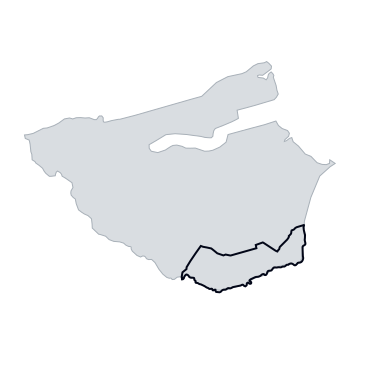 where Saint-Louis sits in Senegal, rotated 164°
{"feature_id": "SEN-5517", "entity_name": "Saint-Louis", "entity_type": "Region", "adm_level": 1, "iso_a3": "SEN", "parent_name": "Senegal", "parent_adm1": "", "projection": "albers", "projection_center": [-15.156, 16.165], "detail": "fine", "context": "in_parent", "style": "outline", "palette": "ink", "viewbox_px": 384, "rotation_deg": 164, "n_neighbors": 0, "source": "natural_earth", "source_scale": "10m", "svg_char_len": 5904}
<svg xmlns="http://www.w3.org/2000/svg" viewBox="0 0 384 384"><g transform="rotate(164 192 192)"><path d="M293.3,177.1L297.8,184.8L296.9,188.6L296.0,194.0L298.5,198.0L301.5,200.5L303.6,202.9L306.0,206.1L306.5,212.7L306.1,217.4L307.7,219.5L309.0,222.2L308.8,224.4L308.0,226.4L305.2,229.1L304.8,234.0L309.5,239.8L312.5,243.0L312.5,244.9L313.3,246.9L315.5,249.2L316.9,248.6L318.3,246.7L319.0,245.3L322.9,245.9L324.8,246.4L327.4,250.3L328.4,252.8L329.1,256.0L331.8,260.0L334.1,262.8L334.6,264.6L336.8,267.0L335.6,272.3L335.8,275.1L334.5,282.3L334.2,285.6L334.3,286.9L337.5,289.4L337.3,293.0L334.1,292.4L328.5,292.1L317.4,294.2L313.6,293.5L306.2,293.9L301.1,295.0L294.5,297.4L289.3,296.9L286.5,295.1L282.9,295.3L278.8,294.3L274.4,292.6L270.3,291.7L266.0,288.5L264.0,287.9L262.5,288.8L261.4,289.9L260.1,290.6L257.8,290.0L256.9,287.8L257.6,285.6L257.8,283.9L256.7,283.1L254.0,282.8L249.8,282.8L242.9,282.2L241.3,281.8L226.0,281.4L210.0,281.4L196.5,281.4L179.5,281.4L167.5,281.4L156.3,281.3L147.7,285.7L138.4,290.5L125.8,293.0L111.3,292.0L106.7,292.6L101.9,294.7L98.3,296.3L93.3,297.2L86.9,296.3L84.3,296.8L82.7,294.6L80.9,291.1L82.0,288.5L86.0,286.9L91.9,284.7L95.0,285.9L96.8,285.9L97.1,284.5L96.6,283.8L92.1,281.9L89.8,279.4L87.9,280.8L86.2,283.9L84.9,284.8L82.8,285.6L81.7,283.5L81.2,281.5L82.2,279.9L81.8,271.1L82.3,266.5L82.1,262.4L84.9,259.7L87.6,258.1L97.9,258.0L107.5,257.9L116.7,258.0L126.1,258.2L127.1,250.0L130.1,249.3L134.5,248.5L142.8,247.5L152.1,246.6L154.1,245.0L155.6,242.3L156.6,239.8L158.5,238.8L161.1,239.6L164.5,240.9L168.0,242.9L172.0,244.7L174.7,245.8L181.2,248.7L192.2,252.7L201.3,254.3L212.2,251.3L220.2,249.3L221.1,245.8L219.9,242.4L214.0,239.3L205.9,239.7L203.5,240.5L199.8,241.6L197.5,242.0L193.7,241.3L188.9,238.6L185.9,235.9L181.7,234.6L176.7,233.3L168.6,227.7L164.5,226.7L160.5,226.4L152.9,227.5L145.5,230.5L141.5,237.3L134.1,237.2L118.3,237.0L103.8,236.7L91.8,237.1L90.6,232.1L87.8,228.1L83.2,224.7L82.2,221.6L83.8,218.9L88.3,216.7L89.3,215.1L87.0,215.3L83.5,216.7L81.1,216.8L80.9,212.4L77.0,206.8L72.7,197.3L67.8,193.4L63.7,185.7L59.4,182.7L55.4,181.3L51.9,181.6L50.7,185.0L46.5,180.0L52.3,178.2L64.8,172.1L79.2,154.1L92.1,132.8L93.8,127.8L95.4,124.0L96.5,115.2L98.3,110.0L100.0,109.1L102.2,105.1L104.9,98.1L107.8,94.2L111.1,93.5L113.7,93.8L115.5,95.3L120.9,96.2L129.7,96.6L136.6,95.5L141.5,93.1L147.8,91.9L155.7,91.9L159.9,90.8L160.3,88.8L161.3,88.2L162.9,89.0L164.5,88.7L165.9,87.3L167.4,87.2L168.8,88.4L175.4,88.8L187.2,88.3L198.1,91.9L208.1,99.7L213.3,104.9L213.6,107.5L215.3,110.1L218.3,112.8L221.1,113.3L223.5,111.6L225.5,111.7L226.9,113.8L229.7,114.2L232.9,112.9L235.2,113.3L235.6,114.5L236.1,115.1L237.7,115.4L239.8,116.9L242.7,121.1L245.1,126.9L247.0,134.3L249.4,138.3L252.4,139.0L254.2,140.5L254.6,142.3L255.4,143.4L256.9,144.1L259.4,143.7L262.4,146.2L265.7,151.6L266.2,154.1L265.7,155.4L265.9,156.3L268.0,157.2L270.1,159.0L271.8,161.7L275.3,164.0L280.8,166.1L284.8,169.1L287.2,173.3L292.3,176.7L293.3,177.1Z" fill="#d9dde1" stroke="#a8b0b8" stroke-width="1"/><path d="M167.9,87.6L168.2,88.3L168.7,88.9L169.6,89.0L171.0,88.7L178.9,89.3L179.5,89.2L181.1,88.8L181.5,88.8L181.9,88.9L183.2,89.5L183.7,89.6L184.3,89.6L186.2,89.0L186.7,89.0L188.6,89.4L189.1,89.4L189.6,89.3L190.1,89.2L190.5,89.0L191.8,88.2L192.2,88.1L193.1,88.0L196.1,89.2L196.4,89.4L196.6,89.8L196.6,90.3L196.4,91.2L196.4,91.6L196.9,91.8L198.7,91.6L199.1,91.8L199.3,92.2L199.3,93.1L199.6,93.5L200.1,93.7L201.2,93.8L201.7,93.9L202.1,94.1L202.9,95.1L203.2,95.4L204.3,96.2L205.9,98.1L208.7,100.6L210.3,101.5L210.6,101.8L211.4,102.7L211.8,103.0L212.7,103.4L213.2,103.6L213.4,103.9L213.5,104.3L213.2,105.0L213.1,105.4L213.2,105.7L213.7,106.3L213.9,106.8L213.9,107.2L213.7,108.1L213.8,108.8L214.6,109.3L216.5,109.8L216.8,110.0L217.6,110.6L217.9,110.9L218.1,111.3L218.5,112.6L218.8,113.1L219.0,113.5L219.4,113.8L219.8,114.1L220.2,114.2L220.6,114.2L221.0,114.0L221.7,113.6L222.5,113.0L222.8,112.6L223.6,111.4L224.0,111.1L224.4,110.8L224.8,110.7L225.2,110.7L225.7,110.8L225.6,111.4L225.3,112.2L225.1,112.8L225.3,113.3L223.3,117.4L218.6,119.4L217.9,121.2L212.7,126.0L205.3,132.2L198.4,137.7L196.5,136.3L192.9,134.5L189.0,132.4L187.0,129.6L184.6,126.1L179.3,122.4L176.9,122.6L173.1,120.6L172.3,120.3L145.6,120.2L145.3,123.5L137.9,124.0L137.4,123.6L127.9,112.6L126.9,111.7L126.3,111.3L126.0,111.6L125.8,111.8L125.1,112.4L124.2,112.8L124.0,113.0L123.8,113.2L123.6,113.6L123.1,114.5L122.8,114.9L122.5,115.1L113.7,120.0L113.4,120.2L111.8,121.5L111.5,121.9L111.4,122.1L111.2,122.3L111.1,122.8L111.0,123.1L110.7,123.2L108.7,124.3L108.3,124.7L107.9,125.3L107.3,126.9L107.1,127.2L106.8,127.6L106.1,127.7L105.4,127.7L104.6,127.8L103.9,128.1L102.9,128.8L102.0,129.1L101.2,129.3L93.6,129.4L93.5,129.2L94.5,127.4L95.0,124.7L95.2,119.5L95.4,118.9L96.1,116.8L96.9,114.8L97.1,111.5L97.5,110.5L98.2,110.0L99.9,109.6L100.6,109.1L100.9,108.6L101.1,108.0L103.1,99.8L103.3,97.9L103.7,97.0L104.3,96.1L105.2,95.2L106.2,94.6L107.3,94.4L108.8,94.7L109.3,94.7L109.9,94.7L110.3,94.4L111.7,93.5L112.2,93.2L112.8,93.1L113.4,93.2L113.8,93.5L114.2,93.9L114.7,94.7L115.5,95.5L116.4,96.0L117.5,96.1L118.6,96.0L118.9,95.7L119.3,95.6L119.6,95.5L120.0,95.6L120.6,95.9L120.9,95.9L121.2,95.8L123.1,95.0L123.7,94.9L125.4,95.3L125.8,95.3L126.9,95.1L127.7,95.2L129.8,95.9L131.3,96.0L131.7,96.1L132.8,96.6L133.5,96.8L134.2,96.8L134.9,96.5L135.5,96.1L136.6,95.2L137.1,94.8L137.8,94.7L139.8,95.1L140.5,95.1L141.1,94.8L141.5,94.4L142.7,92.7L143.2,92.2L143.9,91.9L144.6,92.0L145.1,92.3L145.3,92.8L145.6,93.3L146.2,93.5L146.9,93.5L147.6,93.4L149.5,92.5L150.2,92.4L151.7,92.3L153.9,92.7L154.7,92.7L159.7,91.9L160.7,91.5L161.0,91.3L161.2,91.0L161.2,90.7L161.0,90.3L160.3,89.6L160.0,89.0L160.1,88.3L160.5,87.8L161.2,87.7L161.8,87.9L162.3,88.3L162.6,88.9L163.1,89.4L163.4,89.5L163.8,89.4L164.1,89.3L164.4,89.1L164.6,88.8L164.7,88.5L164.9,87.8L165.2,87.3L165.7,87.0L166.7,86.6L167.2,86.9L167.8,87.5L167.9,87.6Z" fill="none" stroke="#020617" stroke-width="2"/></g></svg>